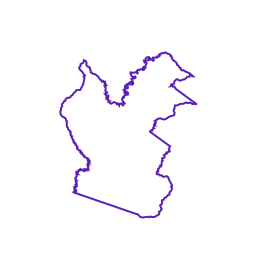 Morichal (Morichal Nuevo), Guainía, Colombia (Equal Earth projection), rotated 126°
{"feature_id": "7082276B96401380433737", "entity_name": "Morichal (Morichal Nuevo)", "entity_type": "district", "adm_level": 2, "iso_a3": "COL", "parent_name": "Colombia", "parent_adm1": "Guainía", "projection": "equal_earth", "projection_center": [-69.908, 2.404], "detail": "fine", "context": "isolated", "style": "outline", "palette": "violet", "viewbox_px": 256, "rotation_deg": 126, "n_neighbors": 0, "source": "geoboundaries", "source_scale": "gbopen_adm2", "svg_char_len": 5917}
<svg xmlns="http://www.w3.org/2000/svg" viewBox="0 0 256 256"><g transform="rotate(126 128 128)"><path d="M185.9,56.2L184.5,54.3L179.6,52.1L178.2,52.8L177.7,53.7L175.9,52.9L174.5,53.3L173.8,53.0L171.8,56.5L169.6,56.0L167.7,56.9L166.9,57.9L166.1,57.9L165.0,57.0L163.0,57.4L162.0,56.5L158.8,56.2L157.6,55.3L155.7,56.6L154.0,56.2L151.1,56.7L150.1,58.7L149.2,58.3L148.4,58.7L145.5,65.0L144.3,66.2L144.2,67.7L144.4,68.7L145.9,69.7L146.9,71.3L146.5,72.2L147.1,74.0L147.6,74.2L147.3,75.8L148.4,77.3L148.0,78.0L147.5,78.1L147.1,77.5L147.2,78.3L146.6,78.8L146.0,78.2L144.9,78.9L144.8,78.4L143.1,79.6L142.2,79.2L141.1,79.5L139.7,78.7L139.3,79.8L138.3,79.1L134.8,81.2L134.0,80.7L132.5,82.6L130.5,81.2L129.1,82.0L128.9,82.7L128.5,82.1L127.4,82.6L126.4,82.0L125.6,82.5L125.3,81.5L124.2,81.9L122.8,80.7L122.4,81.2L122.0,80.9L121.0,82.6L119.1,83.0L119.1,82.5L118.8,83.2L118.1,83.2L118.1,107.9L117.4,108.2L116.3,107.9L115.9,106.9L114.4,107.4L113.1,106.8L113.2,107.5L112.5,107.9L111.0,107.9L110.3,108.7L109.9,108.2L109.4,108.5L109.4,108.0L108.5,109.1L107.9,108.7L107.2,109.6L106.9,109.3L106.7,110.1L106.4,109.7L105.1,110.0L103.9,109.2L103.3,109.5L101.2,107.5L100.4,104.9L99.7,103.6L96.8,101.9L95.3,101.7L90.4,98.2L88.2,99.3L87.5,100.9L86.3,101.8L85.0,101.7L83.9,102.6L81.9,103.1L81.2,101.8L77.6,99.7L75.8,97.4L73.3,96.3L73.0,94.6L71.0,92.7L70.6,89.8L69.1,88.0L68.4,86.2L68.3,112.2L67.4,114.5L67.6,115.7L68.2,116.0L67.9,117.2L69.0,118.1L68.0,118.0L67.5,118.6L65.2,116.8L63.0,117.9L60.2,117.4L59.5,116.6L59.4,114.2L58.7,113.4L55.6,111.3L55.3,110.7L51.8,110.1L50.3,108.5L48.9,109.0L48.3,107.3L48.5,106.5L47.9,105.7L47.6,110.9L48.7,115.2L48.7,117.3L49.8,118.4L49.3,120.5L48.5,120.7L48.7,122.5L47.9,123.9L48.1,125.4L47.0,126.6L46.5,128.6L46.6,132.0L44.2,135.3L44.2,136.2L44.5,136.2L43.9,137.2L44.0,138.4L44.8,140.3L44.4,140.9L44.7,140.7L44.9,142.3L46.7,143.3L47.4,144.6L48.9,145.3L49.6,145.0L49.9,146.0L50.9,145.9L51.4,145.1L51.9,145.7L52.8,145.4L53.3,146.4L53.6,145.9L54.5,146.4L56.4,149.2L57.8,148.8L57.8,147.0L58.7,147.0L59.0,147.5L58.5,148.4L58.8,149.4L61.3,151.6L60.2,151.9L59.6,150.9L58.7,150.6L58.3,152.8L60.3,154.6L61.8,154.5L63.1,153.1L64.1,154.7L65.3,153.1L64.1,152.2L64.8,150.9L67.2,150.6L69.2,149.2L69.6,149.7L69.4,151.2L70.6,151.3L71.2,150.7L71.1,149.5L71.7,149.3L72.2,149.7L72.2,151.0L73.2,152.5L74.4,152.8L74.8,153.9L75.5,154.3L76.5,154.3L77.7,152.5L78.3,152.4L78.4,154.7L80.3,156.2L81.5,158.6L82.3,158.2L84.0,155.4L83.5,153.5L82.2,152.4L82.5,151.6L83.7,151.7L86.2,154.0L86.9,152.5L87.8,152.3L87.8,151.3L88.6,150.1L89.7,149.7L90.4,150.1L90.7,151.0L89.0,152.0L89.3,153.1L91.1,153.7L91.8,152.5L93.0,154.6L93.6,154.6L94.2,153.3L94.8,155.1L95.4,155.2L96.3,154.7L96.7,153.6L96.5,152.8L95.5,152.3L95.7,151.7L96.7,152.1L97.7,154.0L98.9,153.2L99.7,153.7L99.4,149.7L100.2,150.3L100.7,152.2L101.5,151.9L101.9,149.9L100.2,149.3L100.3,148.2L100.9,147.7L103.7,150.0L105.4,149.2L106.0,150.2L107.0,149.6L108.0,150.0L109.4,147.9L109.9,145.2L112.7,145.4L112.6,146.3L111.7,147.0L111.8,147.7L113.0,148.3L113.7,149.5L114.9,148.6L114.3,150.8L115.3,151.0L114.8,152.3L115.1,154.4L118.4,156.1L118.4,159.1L117.2,158.7L117.5,159.3L117.0,159.7L117.1,160.5L116.4,161.1L116.3,162.0L116.6,162.4L117.0,161.8L117.1,162.7L116.2,162.7L115.8,163.4L115.2,163.1L115.9,162.6L114.7,162.0L113.7,162.7L114.5,162.9L114.2,164.2L114.8,163.9L114.0,166.4L113.6,165.6L112.9,166.2L112.7,165.7L111.5,165.8L111.9,166.6L111.1,168.4L108.7,169.4L108.3,170.6L107.3,171.2L106.4,170.7L106.4,171.5L107.2,172.1L106.1,172.7L105.4,172.3L105.3,173.0L104.1,173.8L105.0,174.6L104.6,175.5L105.9,176.4L104.9,177.5L105.3,179.1L104.2,181.7L103.9,183.4L103.8,186.2L104.7,188.2L104.5,189.9L105.0,190.6L103.0,192.6L102.2,194.1L101.6,194.2L101.5,195.7L102.0,196.8L101.7,198.0L101.3,198.9L99.5,199.9L98.7,201.4L99.0,203.6L101.3,202.5L104.3,203.9L105.9,202.8L107.6,203.2L108.9,201.8L109.7,196.9L110.5,195.6L110.7,193.7L112.5,194.1L112.9,192.7L118.8,190.0L125.3,189.0L127.9,192.1L129.4,191.8L131.3,192.4L134.1,192.3L135.7,193.0L136.8,192.8L138.4,193.5L139.1,194.8L141.6,195.4L142.9,194.6L144.1,195.5L146.0,195.1L147.3,195.5L148.0,195.3L148.9,194.0L150.7,194.1L153.2,192.6L154.3,192.6L156.1,191.1L156.8,189.6L157.4,187.7L156.9,185.5L157.2,183.6L158.4,182.3L158.5,181.1L159.5,180.9L162.9,178.1L162.9,177.2L164.2,175.6L164.8,172.1L165.7,172.2L166.3,170.9L167.3,170.5L167.5,168.7L167.9,169.0L168.6,168.3L169.7,165.7L170.2,165.4L170.1,164.9L170.3,164.1L170.3,164.5L171.2,163.8L171.1,162.6L171.4,162.0L171.7,162.3L171.7,161.3L172.0,161.1L171.7,160.9L172.2,160.3L172.4,158.8L172.1,158.5L172.7,159.0L173.1,157.6L173.5,157.4L173.6,157.9L174.7,156.9L174.6,155.1L175.0,154.7L174.2,153.3L174.8,152.8L174.9,151.6L175.8,152.1L176.0,151.5L176.2,149.5L175.8,149.6L176.6,148.0L176.1,147.8L176.1,146.8L177.2,146.1L176.5,144.2L176.7,143.4L176.4,143.2L176.7,142.5L176.3,142.4L177.1,140.0L177.4,140.4L177.4,139.7L178.3,139.4L178.4,140.2L178.7,139.4L178.9,140.4L180.0,139.2L180.2,139.9L180.3,139.2L181.1,139.4L181.4,138.3L181.7,138.8L182.1,137.8L183.0,137.9L183.6,136.6L184.6,136.5L184.4,136.0L185.0,135.5L185.0,136.4L186.0,136.2L185.9,137.0L186.5,137.1L186.2,137.6L186.9,137.9L186.5,138.3L186.7,138.7L186.9,138.3L186.8,138.9L187.1,138.3L187.4,138.7L187.5,138.3L188.3,138.4L188.2,137.9L188.8,138.3L188.4,139.3L188.9,139.6L189.4,140.8L189.1,141.4L189.5,141.9L189.2,142.3L190.1,142.7L191.0,142.2L191.2,143.1L192.6,142.7L193.4,143.9L193.7,143.6L193.1,143.1L193.2,142.6L194.0,142.4L194.4,142.9L194.6,141.9L194.9,142.7L195.3,142.2L195.5,142.7L197.1,141.1L199.4,141.3L199.9,139.9L200.7,140.0L201.5,139.2L201.7,138.6L201.3,138.2L202.7,138.2L202.7,137.6L203.6,137.0L203.3,136.6L203.9,136.1L204.6,136.8L204.8,136.2L205.0,136.7L205.4,136.3L205.5,137.3L206.0,136.1L207.2,136.7L207.2,135.6L208.5,135.8L208.8,133.3L209.5,132.8L210.2,134.3L211.3,133.3L211.7,134.4L212.1,134.3L192.6,70.4L192.0,69.6L192.7,66.2L192.4,64.9L191.8,63.5L188.4,60.1L187.8,58.4L186.3,57.7L185.9,56.2Z" fill="none" stroke="#5b21b6" stroke-width="2"/></g></svg>